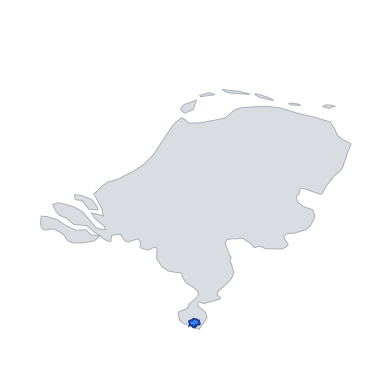 Gulpen-Wittem, Limburg, Netherlands (highlighted), rotated 19°
{"feature_id": "6326949B15301037000239", "entity_name": "Gulpen-Wittem", "entity_type": "district", "adm_level": 2, "iso_a3": "NLD", "parent_name": "Netherlands", "parent_adm1": "Limburg", "projection": "robinson", "projection_center": [5.917, 50.8], "detail": "fine", "context": "in_parent", "style": "filled", "palette": "blue", "viewbox_px": 384, "rotation_deg": 19, "n_neighbors": 0, "source": "geoboundaries", "source_scale": "gbopen_adm2", "svg_char_len": 5216}
<svg xmlns="http://www.w3.org/2000/svg" viewBox="0 0 384 384"><g transform="rotate(19 192 192)"><path d="M243.4,319.6L236.2,319.4L229.5,319.2L225.9,318.8L222.2,317.4L220.4,314.7L218.3,311.3L218.9,309.3L225.2,303.5L226.2,301.8L225.5,301.0L226.1,298.4L231.0,289.8L231.6,286.3L229.4,283.8L226.3,282.4L216.2,279.8L211.4,276.2L209.2,273.0L206.9,272.1L203.6,273.2L195.2,274.4L188.4,272.7L180.4,266.7L178.6,261.3L177.6,257.2L175.6,255.8L172.9,257.9L169.5,261.2L162.7,261.6L160.8,260.9L160.5,259.0L160.1,257.3L158.3,255.1L156.3,253.8L147.7,260.0L144.5,260.0L140.5,257.6L138.5,255.3L134.1,256.6L130.1,259.5L131.4,264.9L129.3,265.8L124.4,265.3L118.9,263.1L112.8,261.8L103.5,258.1L90.5,261.1L81.5,257.5L74.0,257.1L69.4,254.3L64.4,249.4L68.0,246.3L71.5,245.1L85.2,244.5L95.2,246.5L113.0,257.0L117.5,256.9L122.4,255.6L120.0,252.7L115.5,251.3L108.8,248.5L103.6,244.5L116.1,243.3L114.4,241.2L112.7,237.7L99.7,225.5L102.0,222.2L105.4,215.1L109.6,209.2L112.9,207.6L118.3,203.4L130.2,191.2L137.7,181.2L143.3,169.4L151.7,136.8L154.1,131.3L158.1,125.1L163.0,126.3L166.4,128.1L178.4,123.4L199.1,111.4L205.3,100.9L211.2,96.1L234.9,86.6L248.0,83.8L268.2,83.1L282.7,81.4L300.3,80.8L307.0,86.6L310.8,90.9L317.1,93.2L326.8,94.9L326.3,103.3L326.4,120.0L325.7,122.9L321.5,130.0L316.9,142.6L315.7,150.9L314.4,152.4L295.9,152.4L293.3,153.8L292.9,155.6L293.9,157.8L293.4,159.9L292.0,161.6L292.8,164.4L296.0,167.5L301.9,169.4L308.1,169.6L311.3,169.3L313.7,171.5L316.1,174.9L315.9,179.3L315.0,185.1L312.1,190.4L303.6,196.6L299.8,198.8L296.2,199.9L294.5,201.6L293.7,203.6L293.9,205.5L300.0,210.4L299.9,211.6L298.1,214.2L295.8,216.6L280.1,221.6L273.6,221.2L269.9,223.8L268.7,224.2L264.6,221.9L255.4,219.3L252.0,220.2L250.1,221.6L244.3,223.4L240.2,226.2L240.2,229.8L247.5,239.0L250.1,240.8L250.2,244.3L253.7,248.6L257.4,254.0L257.8,257.5L257.4,261.0L255.5,265.9L249.1,277.5L249.1,279.8L249.6,281.5L251.8,281.9L253.5,282.8L253.0,284.4L241.1,292.4L239.5,293.8L234.5,293.4L233.7,294.8L234.4,296.9L236.4,298.8L240.6,299.8L244.3,301.9L247.2,305.9L243.4,319.6ZM118.9,263.1L117.8,266.5L115.1,270.2L105.7,275.5L95.9,279.0L90.9,278.6L87.5,276.7L85.6,274.8L80.5,273.0L73.3,272.0L68.8,274.0L65.6,275.9L62.9,275.6L60.8,274.0L59.2,271.6L57.2,263.9L62.6,262.5L74.1,262.0L83.0,264.7L94.8,266.0L103.8,262.3L110.8,265.4L118.9,263.1ZM99.8,231.8L106.6,236.6L108.0,238.2L108.5,239.9L99.8,241.8L90.6,235.8L84.5,237.2L82.2,234.4L82.2,232.7L88.6,231.2L99.8,231.8ZM166.3,113.6L159.4,119.9L155.2,118.2L154.0,116.7L156.2,111.8L166.4,103.7L166.3,113.6ZM197.0,85.7L190.5,86.4L187.6,85.2L203.2,81.6L213.0,80.6L214.8,81.0L197.0,85.7ZM238.8,79.2L225.1,80.6L220.5,79.6L219.7,78.5L223.5,77.9L235.1,77.8L238.7,78.7L238.8,79.2ZM181.9,92.6L169.0,99.1L167.9,98.1L176.2,92.4L181.9,92.6ZM294.5,68.2L288.1,68.5L290.0,66.2L295.9,64.4L299.1,64.4L294.5,68.2ZM266.8,74.6L257.1,77.6L254.7,77.0L255.3,76.1L263.8,74.2L266.8,74.6Z" fill="#d9dde1" stroke="#a8b0b8" stroke-width="1"/><path d="M240.6,311.1L240.4,311.2L240.1,311.2L239.7,311.4L239.5,311.5L239.3,311.6L239.1,311.7L238.9,311.6L238.8,311.4L238.7,311.2L238.5,310.8L238.3,310.8L238.2,310.9L237.9,310.8L237.6,310.9L237.5,311.0L237.3,311.0L237.0,311.1L236.9,311.2L236.7,311.3L236.4,311.3L236.2,311.4L236.0,311.2L235.9,311.0L235.7,311.0L235.4,311.0L235.2,311.1L235.1,311.4L235.2,311.5L234.9,311.8L234.7,311.9L234.4,311.7L234.4,311.8L234.0,312.1L233.9,312.2L233.9,312.3L234.0,312.4L234.0,312.5L234.1,312.8L234.2,313.1L233.9,313.3L233.7,313.3L233.4,313.3L233.5,313.4L233.4,313.4L233.3,313.5L233.1,313.9L232.9,313.8L232.8,314.0L232.7,314.3L232.4,314.5L232.2,314.5L232.1,314.4L232.0,314.5L231.9,314.4L231.8,314.5L231.5,314.6L231.2,314.7L231.1,314.8L231.2,315.0L231.2,315.3L231.2,315.5L231.3,315.7L231.4,315.8L231.5,315.9L231.6,316.0L231.8,316.1L232.0,316.2L232.0,316.3L232.2,316.5L232.2,316.8L232.3,316.9L232.5,316.9L232.6,317.0L232.6,317.3L232.8,317.4L232.7,317.5L232.8,317.6L232.8,317.8L232.8,318.1L232.9,318.3L232.9,318.6L233.1,318.9L233.1,319.0L233.1,319.3L233.3,319.0L233.4,318.9L233.5,318.9L233.9,318.6L234.1,318.5L234.1,318.4L234.3,318.4L234.5,318.3L234.8,318.3L235.0,318.3L235.1,318.2L235.8,317.8L235.9,318.0L236.0,318.2L236.0,318.6L236.0,318.9L236.0,319.0L236.4,319.2L236.5,319.3L236.8,319.5L237.0,319.3L237.0,319.2L237.3,319.1L237.5,319.2L237.8,319.2L237.8,319.4L237.8,319.6L238.2,319.5L238.3,319.5L238.9,319.1L239.0,319.0L239.3,319.0L239.2,319.0L239.2,318.9L238.9,318.9L238.9,318.7L239.0,318.7L238.9,318.7L239.0,318.6L238.9,318.6L238.7,318.5L238.7,318.4L238.7,318.5L238.6,318.4L238.5,318.2L238.2,317.9L238.3,317.5L238.4,317.4L238.5,317.4L238.8,317.4L239.0,317.4L239.1,317.5L239.3,317.7L239.6,317.7L239.8,317.6L239.8,317.4L239.9,317.2L239.9,316.9L239.8,316.5L239.8,316.3L239.7,316.1L239.8,316.1L239.7,316.1L239.8,316.0L239.8,315.9L239.8,315.7L240.0,315.6L240.3,315.7L240.6,315.5L240.8,315.4L241.1,315.1L241.3,315.0L241.5,315.0L242.2,314.9L242.3,314.7L242.3,314.8L242.4,314.7L242.5,314.4L242.5,314.2L242.4,314.0L242.4,313.9L241.9,313.8L241.6,313.7L241.8,313.5L241.8,313.3L241.6,313.2L241.4,313.1L241.1,312.8L241.0,312.7L240.9,312.7L241.0,312.7L240.9,312.6L240.8,312.4L240.8,312.2L240.7,312.0L240.8,312.0L240.7,311.9L240.8,311.9L240.7,311.7L240.7,311.4L240.6,311.2L240.6,311.1Z" fill="#3b82f6" stroke="#1e3a8a" stroke-width="1.5"/></g></svg>